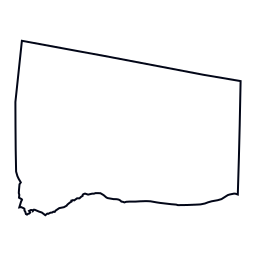 the district of Lepa, Atua, Samoa
{"feature_id": "51752279B44290724889134", "entity_name": "Lepa", "entity_type": "district", "adm_level": 2, "iso_a3": "WSM", "parent_name": "Samoa", "parent_adm1": "Atua", "projection": "orthographic", "projection_center": [-171.529, -14.024], "detail": "fine", "context": "isolated", "style": "outline", "palette": "ink", "viewbox_px": 256, "rotation_deg": 0, "n_neighbors": 0, "source": "geoboundaries", "source_scale": "gbopen_adm2", "svg_char_len": 1339}
<svg xmlns="http://www.w3.org/2000/svg" viewBox="0 0 256 256"><path d="M19.3,207.4L21.1,207.1L23.8,208.3L24.4,208.8L24.5,210.6L25.3,211.8L25.9,214.0L27.0,214.6L28.3,213.7L29.3,213.5L30.2,212.5L29.1,210.9L30.9,210.0L32.2,210.1L32.8,211.1L33.9,209.7L34.8,209.8L39.0,211.6L41.8,212.5L45.3,215.2L47.3,213.6L48.3,213.8L50.4,212.7L52.2,212.5L53.4,211.7L54.7,211.9L55.6,210.6L59.3,208.1L63.9,207.2L66.6,205.7L67.4,204.6L69.8,202.6L71.6,201.5L71.4,200.6L73.0,200.1L74.2,200.4L77.1,198.3L79.5,198.3L81.1,196.8L82.6,195.9L82.6,195.1L83.3,194.2L85.0,193.6L88.1,194.6L92.0,193.7L93.8,193.7L95.6,193.1L100.4,193.2L103.6,195.1L106.4,197.5L107.7,198.1L113.5,199.1L116.7,199.2L118.7,199.6L120.3,200.5L121.4,201.6L122.8,201.8L124.4,202.4L126.2,201.8L129.4,201.6L135.2,201.6L140.3,201.3L146.2,201.1L150.5,201.3L156.7,202.4L160.0,202.9L171.2,204.2L176.1,204.6L177.8,205.1L180.0,205.1L187.3,205.0L196.9,204.6L200.5,204.4L204.9,203.5L208.1,202.3L211.6,201.3L217.7,200.2L221.5,199.1L227.8,195.1L229.7,194.5L234.1,193.6L235.4,193.7L237.8,194.5L238.9,157.5L239.7,125.4L240.6,81.1L203.5,74.8L104.6,56.0L78.9,51.3L62.1,48.2L21.9,40.8L15.4,102.0L15.5,126.1L15.7,149.8L16.1,171.6L17.4,176.1L18.6,178.7L20.8,182.4L19.5,184.3L19.0,189.8L18.8,193.0L19.3,194.9L19.0,197.7L21.7,199.2L22.0,199.8L21.1,201.5L19.3,207.4Z" fill="none" stroke="#020617" stroke-width="2"/></svg>